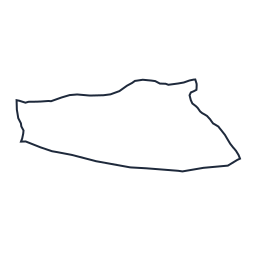 Keana, Nassarawa, Nigeria (orthographic projection), rotated 356°
{"feature_id": "59680162B98467355573765", "entity_name": "Keana", "entity_type": "district", "adm_level": 2, "iso_a3": "NGA", "parent_name": "Nigeria", "parent_adm1": "Nassarawa", "projection": "orthographic", "projection_center": [8.821, 8.173], "detail": "fine", "context": "isolated", "style": "outline", "palette": "slate", "viewbox_px": 256, "rotation_deg": 356, "n_neighbors": 0, "source": "geoboundaries", "source_scale": "gbopen_adm2", "svg_char_len": 1291}
<svg xmlns="http://www.w3.org/2000/svg" viewBox="0 0 256 256"><g transform="rotate(356 128 128)"><path d="M237.6,166.4L237.3,165.4L236.3,162.4L235.7,161.3L234.2,158.4L232.2,155.6L231.6,154.9L230.6,153.4L228.9,150.9L226.9,147.0L224.2,141.6L222.9,139.7L220.8,136.6L219.1,134.2L218.3,132.9L217.6,132.4L215.2,130.7L213.7,129.7L213.2,129.4L211.6,126.9L210.5,125.0L209.9,124.3L207.7,121.5L205.3,119.8L203.0,118.3L201.1,116.5L199.5,113.8L198.9,112.8L197.3,111.0L193.9,108.0L192.6,104.6L191.7,99.6L193.2,96.9L195.9,96.0L198.9,94.7L199.2,92.8L199.5,90.0L199.5,88.6L198.5,84.3L196.8,84.3L192.6,84.9L186.8,86.5L181.1,87.1L171.3,87.7L168.6,86.5L162.9,85.9L158.4,83.1L154.5,82.3L146.1,80.9L140.0,81.4L138.2,81.5L135.3,83.3L130.0,85.7L122.0,90.6L112.9,93.2L105.9,93.6L92.5,93.0L90.4,92.7L87.9,92.3L79.6,91.0L72.1,91.1L63.9,92.9L53.1,95.9L51.2,95.6L50.6,95.5L43.3,95.5L39.6,95.4L35.5,95.2L30.6,94.9L27.5,95.6L21.4,93.2L18.8,92.5L18.4,102.0L18.7,105.0L19.2,110.5L21.5,115.9L21.7,119.0L23.6,123.2L23.1,126.2L21.7,131.1L20.3,134.1L25.0,134.3L39.4,141.2L50.4,145.8L51.1,146.0L55.6,147.1L70.0,150.9L91.5,158.1L93.8,158.9L97.0,159.7L127.3,167.4L127.9,167.5L142.9,169.4L151.7,170.7L175.1,174.2L179.3,175.1L200.5,173.0L225.0,172.5L234.9,167.4L237.6,166.4Z" fill="none" stroke="#1e293b" stroke-width="2"/></g></svg>